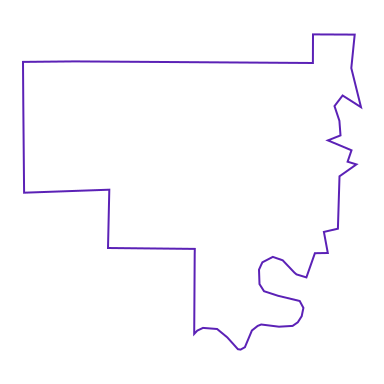 the district of Crawford, Indiana, United States of America
{"feature_id": "52423323B86743622132490", "entity_name": "Crawford", "entity_type": "district", "adm_level": 2, "iso_a3": "USA", "parent_name": "United States of America", "parent_adm1": "Indiana", "projection": "albers", "projection_center": [-86.373, 38.264], "detail": "fine", "context": "isolated", "style": "outline", "palette": "violet", "viewbox_px": 384, "rotation_deg": 0, "n_neighbors": 0, "source": "geoboundaries", "source_scale": "gbopen_adm2", "svg_char_len": 776}
<svg xmlns="http://www.w3.org/2000/svg" viewBox="0 0 384 384"><path d="M296.5,274.4L306.4,277.4L314.9,253.2L327.8,253.0L323.9,231.9L337.9,228.7L339.5,176.3L356.4,164.4L347.6,161.7L351.5,150.3L327.9,140.4L340.5,135.4L339.4,120.8L334.5,106.1L342.6,95.5L361.0,107.2L351.3,68.1L354.7,34.6L313.0,34.4L312.9,63.0L74.9,61.4L23.0,61.9L23.3,105.4L24.1,192.7L109.3,189.7L108.0,248.0L194.8,248.9L194.7,254.2L194.2,333.9L197.3,330.6L203.0,327.9L217.1,329.0L227.3,337.4L237.9,349.2L240.6,349.6L244.9,347.2L251.9,330.5L257.7,325.9L261.2,324.5L279.0,326.7L292.6,325.9L297.8,322.3L301.7,316.2L303.4,307.9L299.7,301.0L278.1,295.8L264.0,291.2L259.5,284.1L259.0,269.7L261.2,264.8L262.4,262.3L272.8,256.9L282.7,260.3L294.4,272.6L296.5,274.4Z" fill="none" stroke="#5b21b6" stroke-width="2"/></svg>